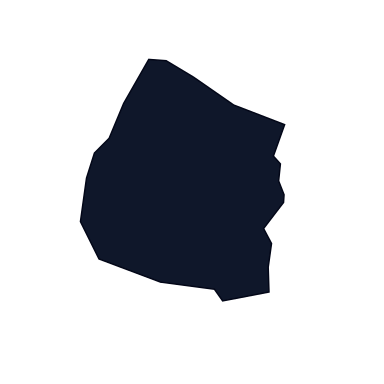 Kikwit, Bandundu, Democratic Republic of the Congo, rotated 46°
{"feature_id": "63176286B32367911689095", "entity_name": "Kikwit", "entity_type": "district", "adm_level": 2, "iso_a3": "COD", "parent_name": "Democratic Republic of the Congo", "parent_adm1": "Bandundu", "projection": "albers", "projection_center": [18.807, -5.057], "detail": "fine", "context": "isolated", "style": "filled", "palette": "ink", "viewbox_px": 384, "rotation_deg": 46, "n_neighbors": 0, "source": "geoboundaries", "source_scale": "gbopen_adm2", "svg_char_len": 475}
<svg xmlns="http://www.w3.org/2000/svg" viewBox="0 0 384 384"><g transform="rotate(46 192 192)"><path d="M135.8,292.8L175.6,305.4L235.0,277.2L277.5,243.4L291.6,245.6L317.4,206.1L299.0,189.4L284.3,170.6L268.0,165.9L265.3,148.2L263.1,133.4L257.9,127.7L244.2,122.0L233.2,108.9L222.7,108.5L207.9,78.6L158.4,101.6L110.6,111.1L79.6,119.4L66.6,131.0L80.8,179.6L95.8,214.3L96.0,224.9L96.2,235.1L108.7,258.2L135.8,292.8Z" fill="#0f172a" stroke="#020617" stroke-width="1.5"/></g></svg>